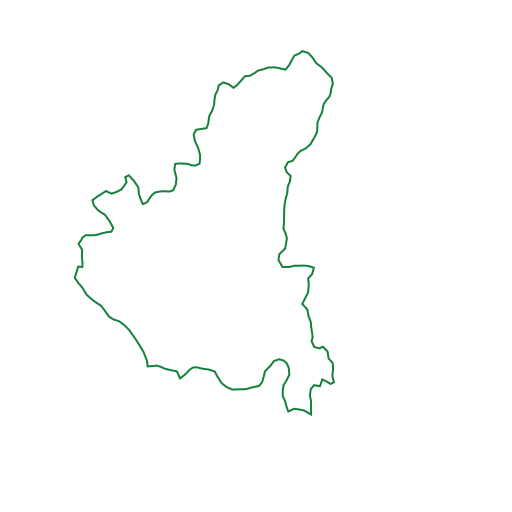 the district of Itajubá, Minas Gerais, Brazil, rotated 326°
{"feature_id": "56859067B47233930610196", "entity_name": "Itajubá", "entity_type": "district", "adm_level": 2, "iso_a3": "BRA", "parent_name": "Brazil", "parent_adm1": "Minas Gerais", "projection": "equal_earth", "projection_center": [-45.407, -22.44], "detail": "fine", "context": "isolated", "style": "outline", "palette": "green", "viewbox_px": 512, "rotation_deg": 326, "n_neighbors": 0, "source": "geoboundaries", "source_scale": "gbopen_adm2", "svg_char_len": 3009}
<svg xmlns="http://www.w3.org/2000/svg" viewBox="0 0 512 512"><g transform="rotate(326 256 256)"><path d="M418.4,150.4L417.2,144.6L416.1,136.5L413.7,129.6L413.8,123.0L412.9,117.0L409.1,112.1L404.6,112.3L399.9,111.3L395.7,113.4L390.0,116.4L384.7,118.0L381.3,114.4L377.5,110.4L371.6,106.6L366.1,105.2L361.8,103.5L357.1,103.5L351.8,103.2L347.3,100.8L341.2,102.4L335.7,103.8L331.4,104.0L329.5,98.5L326.0,93.8L320.4,93.8L316.8,97.2L312.2,99.7L308.5,103.8L305.7,107.3L300.7,111.1L295.7,113.7L292.9,116.7L290.1,119.9L286.4,122.3L281.6,120.0L276.9,117.8L272.3,120.4L269.7,126.4L268.4,134.2L266.3,140.6L264.0,144.2L260.8,147.9L256.3,147.1L253.2,144.7L250.9,141.3L247.7,139.0L244.1,136.3L240.5,134.5L236.6,138.7L233.6,147.1L229.2,152.2L223.9,155.2L220.0,154.0L216.9,151.5L212.7,148.9L207.9,146.9L203.4,147.4L200.1,148.6L195.7,150.5L191.2,149.7L192.2,144.2L193.5,139.2L196.8,133.4L196.8,125.3L195.7,118.0L191.7,117.5L189.9,122.5L185.9,124.1L181.3,125.6L175.9,124.8L171.1,123.5L167.9,118.2L162.8,118.2L158.1,118.0L151.6,118.3L149.9,123.5L150.7,130.1L153.8,137.4L154.1,145.9L153.3,153.0L149.7,155.0L146.0,153.0L141.5,151.2L135.0,149.1L130.3,146.3L126.7,143.6L122.9,143.6L119.4,145.3L115.7,146.6L115.3,153.7L111.2,159.3L108.4,164.6L105.9,168.0L102.7,165.4L97.8,169.3L93.6,172.7L93.6,178.6L94.3,185.4L93.9,193.3L95.5,199.6L97.6,205.7L99.8,210.8L100.1,217.9L100.2,223.7L102.3,228.8L106.1,233.7L108.4,240.5L109.5,246.8L109.7,257.0L109.5,264.5L109.1,272.6L108.0,277.5L107.0,282.1L104.4,286.9L108.6,289.4L112.2,291.2L115.2,294.8L117.5,298.6L121.8,303.2L125.9,307.4L124.6,315.0L128.8,314.8L133.2,314.2L136.9,313.2L141.5,313.2L145.0,315.5L148.5,319.4L153.2,323.6L157.2,328.7L156.6,334.3L156.4,342.4L158.5,348.5L161.7,353.5L167.2,356.9L172.7,360.5L179.7,362.9L185.9,365.5L190.6,363.9L194.3,360.9L199.0,356.6L206.6,355.1L212.2,353.1L217.5,354.6L220.3,357.9L221.5,362.2L220.6,367.0L217.2,373.1L211.3,376.4L206.7,378.4L203.2,382.2L199.9,387.0L198.8,393.1L197.3,397.2L195.8,403.0L202.2,404.0L206.2,407.6L209.6,411.1L213.0,418.2L217.5,411.6L220.7,406.6L222.6,402.0L227.0,396.9L232.0,395.6L236.2,399.7L241.9,395.4L244.5,399.8L246.3,403.8L250.0,404.3L252.3,398.0L256.8,392.7L259.7,387.7L258.9,381.5L261.9,375.2L260.8,368.6L256.8,368.0L253.4,363.9L254.5,357.6L257.5,355.1L259.8,350.5L262.1,345.6L264.5,341.4L265.9,335.3L268.6,329.2L267.6,321.6L273.3,318.4L278.9,315.2L283.7,309.4L286.7,303.7L292.4,302.4L297.5,298.0L293.9,293.7L290.6,290.9L286.9,288.6L282.5,285.6L277.2,283.6L271.8,279.8L272.4,271.9L276.3,267.6L279.9,266.9L284.4,266.1L288.0,262.3L291.4,258.8L293.0,254.5L294.1,248.6L298.1,243.8L301.1,239.4L304.7,234.1L308.7,229.1L312.7,225.0L317.2,221.2L321.3,216.1L325.9,213.1L329.5,208.8L328.3,203.8L329.5,198.9L334.9,196.1L339.5,197.6L343.8,196.1L347.7,194.4L351.8,193.8L356.7,194.6L363.3,193.9L368.4,191.5L372.4,189.5L376.0,187.2L379.0,183.4L381.7,179.6L386.2,176.6L391.3,173.7L394.6,170.2L397.5,167.7L401.1,166.2L405.7,165.1L408.9,162.8L411.7,159.6L416.3,155.8L418.4,150.4Z" fill="none" stroke="#15803d" stroke-width="2"/></g></svg>